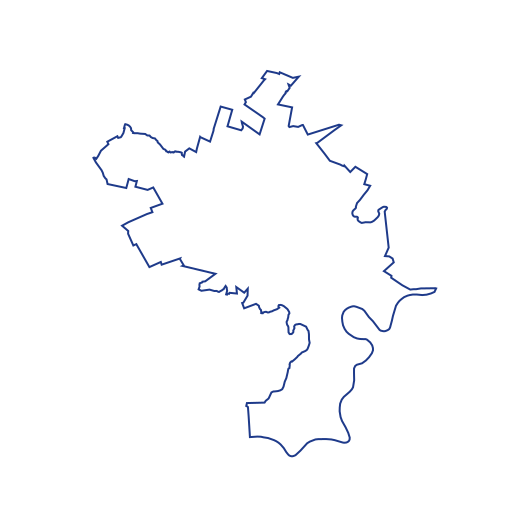 the district of Catazajá, Chiapas, Mexico, rotated 105°
{"feature_id": "50627088B33192672219794", "entity_name": "Catazajá", "entity_type": "district", "adm_level": 2, "iso_a3": "MEX", "parent_name": "Mexico", "parent_adm1": "Chiapas", "projection": "robinson", "projection_center": [-91.989, 17.768], "detail": "fine", "context": "isolated", "style": "outline", "palette": "blue", "viewbox_px": 512, "rotation_deg": 105, "n_neighbors": 0, "source": "geoboundaries", "source_scale": "gbopen_adm2", "svg_char_len": 6115}
<svg xmlns="http://www.w3.org/2000/svg" viewBox="0 0 512 512"><g transform="rotate(105 256 256)"><path d="M409.0,118.1L407.1,118.5L403.0,121.1L398.4,125.0L393.1,130.2L389.7,132.6L384.4,135.0L380.7,135.9L376.8,136.5L372.5,136.0L369.3,134.7L362.8,130.3L360.0,128.9L357.7,128.3L350.7,129.0L343.1,131.2L339.2,132.2L336.5,131.7L334.9,130.4L332.2,125.8L328.5,122.8L324.5,120.6L319.9,118.9L316.8,118.6L314.7,119.2L312.3,120.6L309.9,123.3L308.1,127.1L307.9,128.5L308.9,132.4L309.3,134.7L309.5,137.0L309.1,140.6L307.1,146.4L305.7,149.0L303.4,151.6L300.4,154.0L297.1,155.6L293.6,156.9L291.1,157.3L287.3,156.9L285.3,156.0L283.5,154.7L281.9,153.1L280.3,150.9L279.4,149.2L279.1,147.8L279.1,145.7L279.7,139.6L280.9,137.1L285.8,131.1L288.7,126.2L295.4,117.5L295.8,116.2L295.7,113.6L295.3,112.1L294.6,111.0L293.5,109.6L292.1,108.4L290.4,108.0L283.4,108.0L278.4,108.2L267.8,107.9L264.4,106.8L262.2,105.8L260.1,104.4L257.4,102.3L255.1,99.4L254.0,97.5L252.7,94.7L251.6,90.7L250.7,85.3L249.2,81.2L246.9,77.3L244.5,74.3L240.7,73.6L240.7,74.4L244.7,88.5L246.6,92.7L247.4,95.5L248.5,98.3L246.4,107.1L242.0,119.8L240.1,120.0L237.5,128.5L226.5,121.3L223.1,123.4L221.9,127.2L222.7,131.4L213.6,130.0L179.8,143.2L177.9,142.7L176.6,141.9L175.5,141.9L175.0,142.6L174.9,143.0L175.3,145.2L175.8,146.0L176.8,147.0L179.6,149.5L180.2,149.7L181.2,149.5L183.2,147.9L184.6,147.8L185.7,148.0L187.0,148.5L190.0,150.3L191.5,151.3L193.0,152.8L193.8,154.0L194.1,155.1L195.0,158.9L196.7,162.4L196.5,163.7L195.8,165.8L195.3,166.6L194.8,167.1L193.7,167.6L192.8,167.4L192.2,167.9L192.0,168.4L192.0,168.9L192.4,170.5L192.5,171.2L192.1,172.3L191.3,173.2L190.1,173.9L189.5,174.1L187.9,174.2L186.6,173.7L184.1,172.1L183.4,172.0L182.5,172.3L178.7,172.1L174.9,170.1L169.1,167.8L163.6,165.3L158.6,163.9L158.6,170.0L153.1,169.8L148.1,169.8L144.1,183.1L150.5,186.7L145.8,194.0L146.5,194.0L146.4,196.2L145.9,198.2L144.9,209.3L139.4,216.3L131.4,227.0L130.9,226.1L114.1,212.8L107.7,207.5L107.7,209.8L125.3,237.4L117.3,244.6L117.5,245.2L120.4,248.7L120.9,253.7L122.8,257.1L122.0,258.1L103.1,259.6L103.9,274.0L94.9,271.2L93.1,270.5L91.1,269.5L90.5,269.6L90.3,269.8L89.8,269.7L89.6,269.4L89.0,269.3L89.1,269.0L88.8,268.7L88.8,268.4L84.9,267.0L81.9,269.0L82.5,266.4L71.7,261.1L74.4,266.5L72.4,280.6L74.2,280.7L73.9,283.3L74.4,293.2L82.7,296.4L82.9,293.0L84.5,293.9L99.2,300.3L99.0,300.8L103.4,302.1L107.7,307.3L110.0,305.6L112.6,306.3L120.2,285.1L121.1,283.2L137.6,284.0L129.9,304.6L131.2,304.0L134.5,302.0L136.3,301.9L138.4,302.8L138.1,317.1L120.9,316.8L120.8,328.8L144.4,329.8L144.8,329.6L146.4,329.5L157.4,330.0L155.6,340.5L155.4,340.8L167.4,340.9L171.1,340.7L169.3,348.3L173.5,351.5L178.7,351.2L178.5,351.8L177.7,352.6L177.7,353.5L176.9,354.0L175.5,354.4L175.3,355.5L175.5,358.5L175.7,358.9L175.9,360.0L175.7,360.4L175.8,361.1L175.9,361.3L176.2,361.3L176.9,362.1L177.3,362.3L177.4,362.6L177.1,363.2L177.5,363.7L177.6,364.5L178.1,365.2L178.1,365.5L177.5,366.5L177.8,366.8L178.6,367.4L178.5,368.1L178.2,368.3L178.1,369.7L177.8,369.7L177.5,370.1L176.8,371.3L176.5,373.2L173.1,377.6L171.7,380.3L170.5,380.9L169.8,382.4L168.6,384.0L168.8,386.4L168.3,388.4L167.2,390.0L167.7,392.2L166.8,394.6L167.8,399.6L168.0,402.0L168.9,405.4L169.0,406.6L168.3,406.6L166.8,409.1L164.9,409.8L163.7,411.1L162.8,412.8L162.5,414.6L162.5,416.4L163.4,416.6L166.7,416.6L166.6,415.9L171.6,415.9L175.6,417.0L176.3,417.4L177.6,419.7L176.2,420.9L184.1,429.2L186.2,427.5L194.4,433.0L200.2,434.3L203.4,435.4L203.0,436.2L203.3,436.3L204.2,436.8L202.9,438.0L203.3,438.4L207.0,434.9L213.1,427.4L215.3,425.5L218.1,423.8L219.9,421.7L220.7,420.2L224.9,418.0L223.9,398.9L214.6,398.9L215.1,393.0L215.1,392.3L214.4,390.5L220.3,390.4L220.2,377.8L216.4,373.0L229.7,359.9L236.8,370.1L240.5,367.4L243.7,372.2L256.4,388.0L261.4,393.2L264.9,385.9L267.6,385.3L277.6,377.2L275.5,374.7L294.3,356.1L286.4,346.4L288.8,344.9L278.0,328.7L278.5,328.8L283.7,323.4L284.6,324.4L283.7,290.6L293.6,298.5L294.7,301.1L295.2,301.1L295.6,301.3L296.9,303.3L298.5,303.2L300.1,302.6L303.1,302.8L303.7,299.7L300.5,292.2L300.6,287.2L300.0,285.2L300.0,284.6L300.3,283.5L300.3,282.4L299.0,281.2L298.2,280.2L297.0,279.4L296.5,278.7L294.2,278.1L292.8,277.6L294.1,276.1L295.8,275.5L296.9,274.9L300.8,274.9L300.8,274.0L299.8,273.8L299.5,272.2L298.4,272.0L297.2,264.7L291.1,267.0L294.5,257.9L289.7,255.5L296.5,253.9L304.2,256.1L304.4,256.2L305.0,257.2L309.6,253.9L302.2,243.6L303.3,240.4L304.7,239.7L306.2,238.4L306.7,237.4L307.1,237.1L307.8,236.9L308.7,236.2L309.7,236.3L309.8,235.7L309.7,235.1L309.5,234.6L308.9,234.6L308.6,234.3L307.6,232.7L307.3,231.8L307.5,230.0L307.1,228.9L306.1,227.8L305.5,226.6L305.1,226.0L304.0,224.9L301.9,221.9L299.9,220.2L299.3,221.1L299.1,221.2L298.4,221.4L297.5,221.2L296.9,219.7L296.8,218.3L297.2,216.2L298.9,212.4L299.4,211.6L301.6,209.4L302.8,208.9L304.4,209.4L307.1,209.0L308.4,209.1L309.8,209.0L311.4,209.4L312.3,209.2L313.9,208.4L314.9,207.6L315.4,206.9L316.0,206.5L316.6,206.2L321.0,204.9L321.3,204.8L322.5,203.6L322.7,203.1L322.4,202.4L322.4,202.0L322.1,201.7L322.0,201.3L320.2,200.3L319.5,200.3L318.4,200.7L315.8,200.2L315.2,200.4L314.6,200.8L314.0,200.9L312.8,200.5L312.4,200.3L311.7,199.5L311.2,198.2L310.5,196.9L310.2,195.5L311.3,189.3L314.0,187.0L314.8,185.9L317.9,184.6L322.9,183.2L326.0,181.7L329.0,181.8L332.0,182.1L333.2,182.4L334.1,183.0L335.1,183.9L337.4,186.8L338.7,187.4L341.7,189.6L343.0,190.1L345.9,191.9L348.7,193.9L348.6,194.5L349.9,195.3L350.7,195.5L352.1,195.5L352.4,195.2L355.6,194.7L356.4,195.5L358.1,195.5L359.8,195.3L366.1,195.1L369.9,195.7L375.1,195.6L377.9,196.2L379.5,197.8L380.8,199.9L381.9,202.7L382.4,204.2L383.8,205.8L389.7,206.8L390.6,207.1L393.3,209.1L395.4,209.8L400.4,226.7L403.4,226.6L403.6,225.5L403.9,224.8L404.8,224.4L413.1,221.5L432.5,215.0L430.1,208.0L429.3,204.5L429.2,201.8L428.7,197.2L429.2,190.9L429.7,188.4L430.5,185.9L431.7,183.4L434.4,179.4L437.6,176.0L439.3,173.7L440.0,172.5L440.3,171.1L440.2,169.4L439.5,168.0L438.2,166.3L432.5,162.7L423.6,158.1L421.3,155.9L417.8,151.1L416.8,148.5L414.7,141.0L413.7,135.8L413.5,132.3L413.7,124.7L413.7,123.4L413.4,122.0L412.8,120.5L411.9,119.3L410.4,118.3L409.0,118.1Z" fill="none" stroke="#1e3a8a" stroke-width="2"/></g></svg>